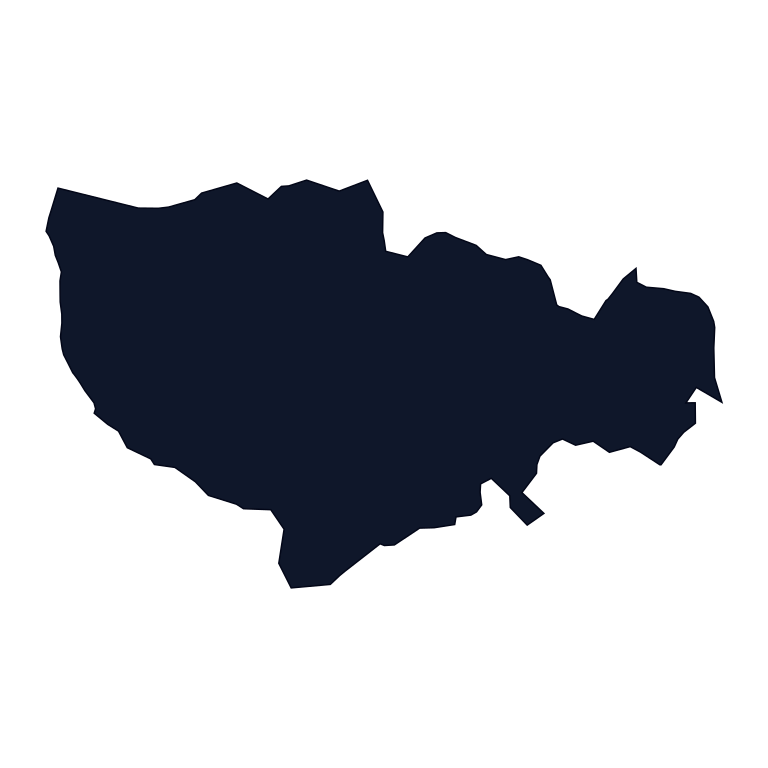 outline of Essien Udim, Akwa Ibom, Nigeria
{"feature_id": "59680162B25032665557199", "entity_name": "Essien Udim", "entity_type": "district", "adm_level": 2, "iso_a3": "NGA", "parent_name": "Nigeria", "parent_adm1": "Akwa Ibom", "projection": "mercator", "projection_center": [7.658, 5.098], "detail": "fine", "context": "isolated", "style": "filled", "palette": "ink", "viewbox_px": 768, "rotation_deg": 0, "n_neighbors": 0, "source": "geoboundaries", "source_scale": "gbopen_adm2", "svg_char_len": 1771}
<svg xmlns="http://www.w3.org/2000/svg" viewBox="0 0 768 768"><path d="M454.7,524.5L456.0,516.9L470.9,515.1L476.5,511.9L481.7,504.9L480.1,492.2L480.6,483.9L491.3,478.3L509.8,495.8L510.3,507.5L527.2,525.1L543.9,513.4L521.9,492.6L536.5,473.3L536.9,464.6L539.9,456.2L553.1,442.8L562.5,439.0L575.6,445.2L593.2,441.2L609.4,452.3L630.2,446.6L640.5,452.1L659.9,464.8L661.0,464.8L674.2,447.0L677.8,439.1L683.7,432.3L695.4,423.2L695.2,402.8L685.9,402.9L696.3,387.4L721.9,402.3L714.5,377.6L713.8,348.0L714.7,327.5L713.7,321.4L707.9,306.9L699.0,297.2L690.7,293.4L675.1,291.3L663.7,288.7L646.3,287.2L636.8,282.3L636.0,268.4L627.9,275.1L623.2,279.0L612.6,293.4L608.0,299.2L606.0,300.6L594.2,319.4L586.5,317.3L581.8,316.0L575.2,312.7L568.0,309.0L558.9,306.6L556.7,304.9L550.2,279.8L548.1,276.9L540.9,265.3L527.5,259.7L518.7,256.8L505.6,259.6L486.3,254.5L476.2,245.4L455.4,237.5L445.7,232.6L436.8,232.9L425.0,238.0L407.8,256.9L385.7,251.3L384.2,240.7L382.6,232.7L382.9,212.0L367.5,180.3L339.2,191.1L306.6,180.1L288.8,185.9L281.4,186.4L268.0,199.0L236.8,183.0L201.6,193.1L194.8,199.7L168.5,207.1L158.4,208.3L138.3,208.1L119.4,203.4L58.0,188.1L50.7,212.0L48.9,217.7L48.5,219.6L46.1,231.3L49.1,235.8L53.7,246.3L55.3,255.3L58.3,262.8L61.4,271.9L60.0,280.9L60.1,294.5L60.2,302.0L61.8,314.1L61.9,323.1L60.5,336.7L61.5,343.9L62.2,348.8L63.7,354.8L68.3,363.8L72.8,372.8L73.9,374.1L77.4,378.8L80.4,383.3L85.0,390.8L89.5,396.8L94.0,402.8L95.6,408.8L94.2,413.2L107.8,424.4L118.5,431.1L127.3,447.7L150.8,458.9L154.4,464.5L174.9,467.4L195.4,481.8L208.4,495.4L236.5,504.2L243.5,508.7L270.8,509.7L284.1,529.2L278.8,563.3L291.2,587.9L330.3,584.4L339.6,575.6L344.7,571.4L380.1,543.8L384.4,545.5L394.4,544.9L419.6,528.1L434.2,527.7L454.7,524.5Z" fill="#0f172a" stroke="#020617" stroke-width="1.5"/></svg>